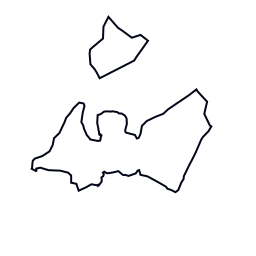 Al Misrakh, Ta`izz, Yemen (orthographic projection), rotated 302°
{"feature_id": "15242507B98966668539827", "entity_name": "Al Misrakh", "entity_type": "district", "adm_level": 2, "iso_a3": "YEM", "parent_name": "Yemen", "parent_adm1": "Ta`izz", "projection": "orthographic", "projection_center": [44.032, 13.47], "detail": "fine", "context": "isolated", "style": "outline", "palette": "ink", "viewbox_px": 256, "rotation_deg": 302, "n_neighbors": 0, "source": "geoboundaries", "source_scale": "gbopen_adm2", "svg_char_len": 3138}
<svg xmlns="http://www.w3.org/2000/svg" viewBox="0 0 256 256"><g transform="rotate(302 128 128)"><path d="M48.7,119.4L56.0,124.2L56.7,124.5L60.3,126.5L60.9,126.8L63.4,133.1L63.2,133.3L63.7,133.5L64.1,132.8L64.3,133.0L64.2,133.7L68.6,134.0L69.8,133.4L71.1,132.4L72.1,131.7L73.9,132.5L76.0,132.0L76.9,130.3L78.4,131.1L78.4,131.5L78.4,132.4L78.4,133.0L78.4,133.6L78.4,134.0L80.0,136.2L83.4,139.9L86.2,142.5L86.3,142.6L85.5,148.7L86.9,150.8L87.6,153.8L93.5,158.6L97.0,158.8L98.2,159.8L94.9,163.4L95.6,165.4L97.0,169.2L97.3,170.1L97.6,175.0L97.7,176.5L98.0,182.0L98.0,182.4L98.1,183.3L98.3,189.3L98.3,190.2L98.3,191.3L97.4,193.7L98.4,197.7L98.4,197.9L98.5,199.5L98.7,202.2L100.6,203.0L100.9,203.1L102.0,203.5L103.4,203.3L103.6,203.2L106.5,202.8L107.9,202.5L110.1,202.1L114.1,202.2L116.5,201.0L117.5,200.8L123.3,200.2L123.7,200.1L124.4,200.1L126.9,199.8L130.3,199.5L132.8,199.3L135.6,199.1L136.6,199.0L136.8,199.0L142.8,198.4L143.1,198.4L150.2,197.3L155.4,196.5L156.6,196.3L156.9,196.3L158.2,196.3L160.2,196.3L163.3,197.0L163.9,197.1L164.0,197.1L165.7,197.5L167.6,197.9L167.8,198.0L171.2,197.9L173.5,197.9L173.5,196.1L175.1,193.6L176.3,191.7L180.4,185.2L187.6,182.7L192.2,181.2L194.1,174.2L196.0,167.3L197.0,165.6L191.6,163.6L190.7,163.2L190.0,163.0L188.6,162.5L188.3,162.4L187.0,161.8L177.3,157.5L174.9,156.4L171.4,154.9L165.1,152.1L158.8,150.4L156.2,148.5L151.8,145.2L150.7,144.5L146.7,142.0L143.9,140.2L142.9,140.0L141.2,139.6L140.6,139.5L137.2,138.7L131.9,140.8L130.4,141.4L129.7,141.7L129.2,141.8L125.3,142.3L123.8,141.1L125.8,137.5L124.6,133.9L124.3,132.8L123.1,129.1L123.2,128.7L123.3,127.9L124.6,126.8L125.6,126.5L130.7,124.9L131.2,124.7L131.4,124.5L131.8,124.2L133.8,122.8L135.2,121.9L135.7,121.1L136.4,119.8L136.9,118.9L136.9,115.1L136.6,114.5L135.8,112.8L135.6,112.5L135.7,111.1L135.8,110.6L135.0,108.5L134.1,106.4L133.9,105.9L133.1,105.1L130.5,100.6L129.0,98.9L125.3,97.5L122.9,95.4L118.7,97.7L115.7,99.4L111.7,103.3L110.7,103.9L110.0,104.8L109.9,104.9L109.7,105.1L107.3,107.0L107.1,107.5L107.4,107.8L107.8,107.4L108.1,107.8L107.8,109.3L105.0,110.0L104.4,110.5L102.5,111.0L101.2,109.6L99.8,106.1L99.6,105.7L99.5,105.4L99.3,104.8L99.2,104.7L98.3,101.9L98.6,101.6L100.2,96.7L101.2,95.3L103.6,91.7L104.5,90.7L106.6,88.4L108.3,85.3L115.7,82.1L116.7,81.6L123.7,79.4L124.4,78.5L125.2,77.5L125.2,77.3L124.9,76.3L123.7,73.2L121.9,72.7L116.6,71.4L116.0,71.3L109.8,71.1L103.8,70.2L98.8,71.2L97.3,71.3L93.1,71.8L87.5,72.5L80.2,70.7L73.5,73.2L69.1,73.6L66.8,73.8L66.6,73.8L63.8,72.5L59.2,70.4L58.8,70.2L56.7,68.5L52.8,65.3L52.2,65.1L49.9,64.6L49.5,64.8L48.3,65.2L43.3,67.8L42.4,67.9L42.7,72.7L43.2,73.0L44.9,71.7L47.9,74.7L50.1,82.9L51.5,85.3L52.0,86.3L53.8,89.4L54.0,89.8L55.1,91.7L55.5,92.3L55.7,92.6L55.8,92.8L56.3,94.5L56.7,95.6L57.9,99.3L58.4,100.8L58.4,101.0L58.1,102.1L58.1,102.4L58.0,102.8L57.6,104.9L55.8,106.1L53.7,107.4L52.1,108.5L51.5,108.8L53.3,113.8L48.7,119.4ZM212.6,98.7L213.6,89.3L206.6,83.4L207.5,71.7L207.7,66.2L211.9,52.5L200.9,53.5L190.6,59.4L178.0,55.3L174.4,54.3L170.6,56.1L162.1,62.4L160.2,68.5L158.5,72.0L155.2,77.6L184.4,95.1L188.4,97.5L192.6,97.5L212.6,98.7Z" fill="none" stroke="#020617" stroke-width="2"/></g></svg>